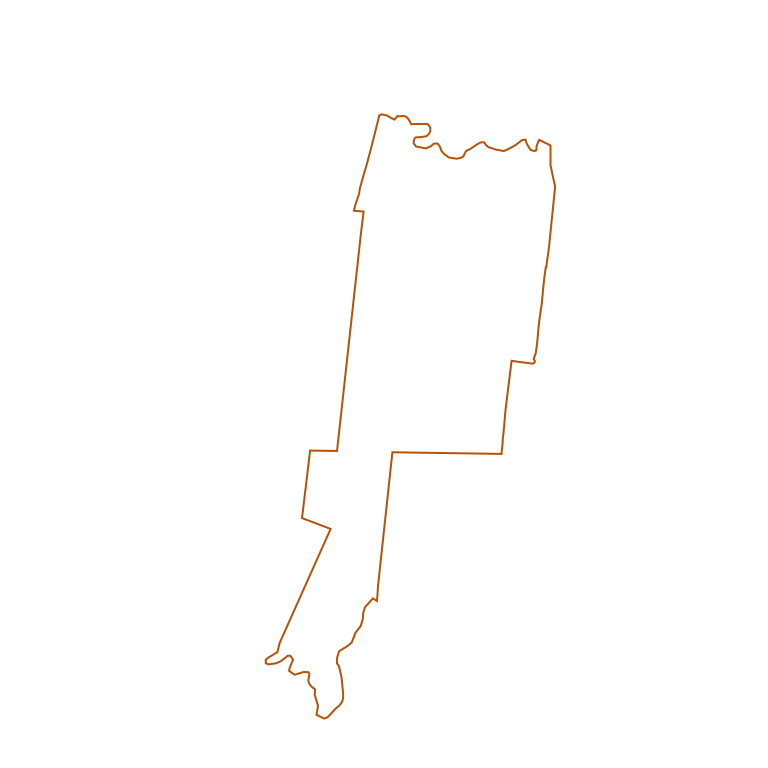 outline of Branceni, Teleorman, Romania, rotated 313°
{"feature_id": "2599482B72114382845229", "entity_name": "Branceni", "entity_type": "district", "adm_level": 2, "iso_a3": "ROU", "parent_name": "Romania", "parent_adm1": "Teleorman", "projection": "natural_earth1", "projection_center": [25.36, 43.857], "detail": "fine", "context": "isolated", "style": "outline", "palette": "amber", "viewbox_px": 768, "rotation_deg": 313, "n_neighbors": 0, "source": "geoboundaries", "source_scale": "gbopen_adm2", "svg_char_len": 2203}
<svg xmlns="http://www.w3.org/2000/svg" viewBox="0 0 768 768"><g transform="rotate(313 384 384)"><path d="M104.8,570.0L113.3,570.0L118.6,570.6L123.1,570.1L126.1,568.5L129.5,565.5L140.6,552.9L147.0,543.3L147.6,540.2L151.8,536.4L158.1,533.4L167.0,535.9L172.8,536.7L178.5,534.5L182.3,532.8L191.3,532.0L198.5,528.3L202.4,524.9L207.7,522.3L219.6,522.1L220.2,525.2L220.6,526.8L232.7,517.0L339.8,436.7L413.0,517.6L422.2,510.7L424.0,509.0L431.5,503.4L447.6,490.8L461.3,480.8L488.0,461.5L488.2,461.8L492.4,467.9L498.4,476.2L500.4,479.0L501.0,479.3L501.6,479.3L502.2,479.4L503.3,479.1L503.9,478.4L504.1,477.5L504.4,476.5L505.0,476.0L507.4,475.1L509.3,474.4L512.6,472.2L519.8,467.0L533.8,456.1L545.9,447.6L550.0,444.9L557.5,439.1L560.3,436.9L564.6,433.6L572.0,428.1L579.7,422.7L580.0,423.0L596.0,411.8L645.0,374.6L651.7,364.9L658.2,355.8L659.4,354.9L667.7,347.1L672.0,343.1L668.4,331.0L665.8,331.8L662.1,333.4L658.7,336.0L656.9,335.1L655.2,331.8L655.6,329.7L657.3,324.1L659.2,320.8L656.6,318.6L653.3,318.1L648.2,317.2L641.1,314.9L636.1,312.8L631.6,305.7L628.5,298.8L628.3,295.8L629.1,292.4L626.5,289.9L621.6,288.3L615.4,287.0L610.3,285.1L604.8,286.8L601.5,285.8L598.2,283.4L593.9,276.9L593.2,271.2L593.7,266.9L595.6,263.4L596.4,259.7L595.5,258.1L593.4,256.4L589.7,256.2L584.8,253.9L579.6,245.5L580.2,241.6L581.7,240.3L584.5,238.9L586.1,239.1L589.3,242.2L593.9,245.9L597.0,246.3L600.1,245.7L603.0,243.2L604.0,239.3L603.1,237.6L598.4,232.6L592.5,226.6L593.6,224.2L594.4,220.7L594.7,218.3L593.7,216.0L592.1,214.3L590.2,212.8L589.2,211.1L584.6,211.4L584.3,210.6L583.4,207.7L582.4,203.0L581.3,201.2L579.6,198.3L578.3,197.9L577.0,197.4L574.3,199.0L556.3,209.0L545.8,214.7L543.0,216.2L533.5,221.3L525.4,225.3L513.6,231.4L511.0,232.7L506.2,236.0L495.7,240.8L490.2,243.8L496.2,251.5L477.9,264.8L303.0,395.3L284.9,375.4L230.0,415.5L241.6,443.8L123.4,484.3L115.2,488.9L104.3,485.8L101.5,485.6L99.2,488.0L100.1,490.7L106.1,495.5L110.8,497.6L119.7,499.0L121.3,500.8L120.4,505.5L112.3,508.5L109.5,510.1L110.4,516.9L118.5,521.6L121.7,525.3L120.9,527.4L115.5,530.8L114.1,533.2L113.2,536.7L113.6,542.0L109.5,545.2L103.6,555.2L96.0,560.3L98.6,568.5L101.9,570.0L104.8,570.0Z" fill="none" stroke="#b45309" stroke-width="2"/></g></svg>